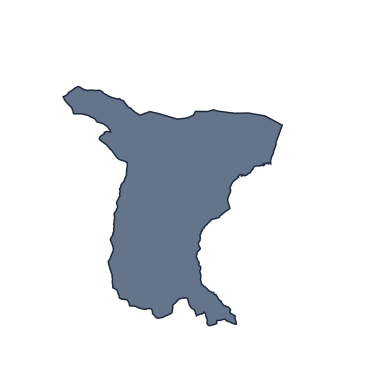 Ceahlau, Neamt, Romania (Mercator projection), rotated 339°
{"feature_id": "2599482B21330814812999", "entity_name": "Ceahlau", "entity_type": "district", "adm_level": 2, "iso_a3": "ROU", "parent_name": "Romania", "parent_adm1": "Neamt", "projection": "mercator", "projection_center": [25.941, 47.008], "detail": "fine", "context": "isolated", "style": "filled", "palette": "slate", "viewbox_px": 384, "rotation_deg": 339, "n_neighbors": 0, "source": "geoboundaries", "source_scale": "gbopen_adm2", "svg_char_len": 6008}
<svg xmlns="http://www.w3.org/2000/svg" viewBox="0 0 384 384"><g transform="rotate(339 192 192)"><path d="M185.7,331.4L186.3,330.5L186.6,329.7L186.6,327.8L186.9,325.7L187.1,324.7L187.9,323.3L184.8,319.3L184.1,317.9L184.6,317.4L184.7,316.9L184.9,316.7L185.6,316.2L185.8,315.8L185.1,313.2L184.4,312.2L180.8,309.0L180.5,308.4L180.4,307.5L180.2,307.1L179.9,304.1L178.8,302.7L178.3,301.3L178.1,299.3L177.6,297.2L177.7,296.8L177.5,296.3L176.2,295.8L176.1,295.4L176.1,293.6L176.0,293.4L174.3,292.7L174.0,292.1L172.7,290.8L170.5,285.8L169.1,283.9L168.0,281.2L168.1,279.1L168.5,277.1L168.9,275.9L169.7,274.7L170.7,271.6L170.8,268.9L171.1,268.3L172.1,267.5L173.1,265.8L173.1,264.8L172.8,263.5L172.3,262.5L172.6,261.7L173.3,260.8L173.4,260.0L173.0,259.0L172.9,256.2L172.7,254.8L173.4,252.9L174.2,252.0L174.9,250.4L175.6,249.9L178.8,248.4L179.5,247.8L179.6,246.8L179.1,245.5L179.1,244.9L179.4,243.9L179.3,243.1L179.4,242.0L180.7,241.1L181.2,241.1L181.4,240.4L182.2,240.0L182.2,239.6L183.3,238.1L183.2,237.8L183.6,236.6L183.7,235.7L184.2,235.0L185.8,233.6L186.6,232.5L186.7,231.9L187.6,231.8L188.6,230.7L189.3,230.1L190.8,229.7L191.2,229.0L191.8,228.5L192.7,228.3L193.7,227.7L194.3,227.7L196.2,226.6L198.9,225.5L200.3,224.7L206.0,225.4L208.1,225.5L208.9,224.7L210.7,224.0L215.2,222.5L221.4,221.0L221.8,218.7L221.8,217.2L222.2,212.7L222.7,211.5L225.7,207.7L227.2,206.6L228.0,205.3L228.5,204.8L228.7,203.5L229.0,202.7L228.9,202.3L229.3,201.2L231.2,199.5L231.9,198.5L234.1,197.0L240.8,194.8L240.6,194.1L241.2,194.0L241.6,193.5L242.4,193.0L243.0,192.9L244.1,193.5L243.8,194.3L243.8,194.9L244.6,194.9L244.9,194.4L245.4,194.2L246.1,194.7L246.1,195.1L246.2,195.3L247.3,195.7L249.1,195.7L251.6,194.9L252.3,194.8L252.2,194.9L252.6,195.0L254.4,194.1L255.3,193.2L256.8,192.6L258.9,190.8L260.0,190.5L261.3,190.6L262.1,191.0L264.5,191.8L264.8,191.5L265.5,192.1L266.1,191.8L266.4,191.8L267.9,193.0L268.9,193.0L269.3,192.6L269.4,192.4L269.1,191.9L268.6,192.1L268.3,191.8L268.4,191.5L268.7,191.4L269.1,191.1L269.8,191.9L270.1,192.1L271.3,191.6L271.4,192.0L271.7,192.0L271.9,191.6L272.6,191.6L272.9,191.7L273.3,192.4L273.4,193.2L273.6,193.3L273.9,192.9L274.3,192.5L275.3,193.1L275.6,193.8L276.3,191.8L276.9,190.5L278.6,188.1L281.6,185.2L282.3,184.2L282.7,183.0L283.8,182.2L284.5,181.2L285.3,180.5L285.7,179.9L287.4,177.9L287.8,177.2L288.0,176.1L288.3,175.6L300.2,162.0L287.5,147.2L273.2,138.6L259.8,133.7L245.0,125.7L241.5,123.0L235.5,122.5L224.5,118.1L224.0,118.1L221.3,120.4L220.7,120.7L217.2,121.1L214.3,121.1L212.5,120.8L205.7,119.1L204.2,118.5L188.6,106.6L181.4,101.8L171.0,101.7L167.3,97.0L166.9,95.9L165.9,94.3L165.3,93.1L165.2,92.3L164.9,91.8L164.4,91.2L163.6,90.9L163.3,90.6L162.9,89.8L161.5,85.4L160.9,82.9L160.6,82.4L159.6,81.2L158.5,80.5L158.3,79.7L158.0,79.3L157.2,78.7L155.6,78.4L155.2,78.2L153.6,76.8L151.8,75.7L151.1,74.9L150.2,74.3L149.5,73.4L148.5,72.7L146.5,70.0L144.9,68.4L144.5,67.0L144.1,66.5L144.2,66.1L142.1,63.9L140.8,63.4L138.8,62.9L134.1,60.6L130.8,59.7L127.7,57.6L127.0,56.4L126.1,55.5L125.1,54.1L123.1,52.6L121.7,52.9L120.6,52.9L116.1,54.2L113.2,54.7L112.3,55.0L111.6,55.8L109.1,56.7L105.8,57.0L106.0,57.6L106.1,60.3L106.5,62.0L107.0,63.4L109.2,68.8L109.9,70.1L109.8,72.4L110.0,73.9L109.5,75.5L109.6,76.5L110.5,77.1L113.9,78.2L117.7,79.9L120.5,82.0L121.9,82.7L123.9,84.9L124.8,86.2L126.3,87.4L127.2,88.5L127.8,89.7L128.2,91.9L128.8,92.8L132.3,95.3L133.6,96.4L136.4,100.5L136.9,102.8L137.4,104.0L137.6,104.9L137.5,106.7L134.4,105.0L132.5,104.8L131.3,105.1L131.5,105.9L130.8,106.2L128.0,106.7L126.6,107.2L125.9,107.6L124.6,108.9L124.3,109.4L125.7,112.3L126.9,113.7L127.6,115.1L129.2,117.2L129.7,119.1L130.3,120.3L130.8,122.6L131.9,124.1L132.5,126.6L133.3,129.4L133.8,131.9L135.2,134.8L137.0,136.7L139.3,138.3L139.7,138.8L140.5,139.4L140.7,139.9L141.1,140.5L142.1,141.3L141.0,144.4L139.2,147.5L138.5,148.5L138.1,149.9L137.3,151.2L136.9,152.8L134.9,154.7L134.1,155.3L133.1,156.7L131.9,157.9L129.7,158.9L129.3,159.4L128.2,160.1L127.8,160.5L127.4,162.0L125.5,163.0L125.4,163.3L125.1,165.9L124.6,166.6L124.1,167.0L123.8,167.5L123.6,169.2L123.5,169.5L121.5,171.2L120.4,172.4L118.0,174.5L117.5,175.6L117.4,176.2L117.5,178.0L117.0,179.8L115.6,180.8L114.9,182.0L112.4,183.6L111.5,184.3L111.1,185.7L110.9,187.0L110.4,188.7L110.2,189.2L109.1,190.7L108.0,193.1L107.2,194.4L107.1,194.9L107.2,195.5L107.1,196.2L105.7,198.1L105.3,199.2L105.2,200.0L104.6,200.9L103.4,202.1L102.7,203.6L101.4,204.7L99.2,206.3L98.6,207.5L98.8,210.0L98.6,210.9L98.7,213.5L98.5,215.7L98.0,217.7L96.5,219.6L93.8,222.3L91.4,225.2L89.0,226.7L88.8,227.9L88.2,229.8L88.2,232.6L87.9,233.3L87.8,234.3L88.0,236.1L87.7,238.1L87.8,239.7L87.6,240.8L87.2,242.1L87.2,242.4L86.8,243.6L86.6,244.8L85.4,247.2L85.4,247.6L84.9,248.7L84.7,250.9L84.1,251.9L83.8,253.1L85.5,254.8L86.4,256.1L86.7,256.9L86.9,258.5L86.6,260.9L86.7,262.7L86.3,264.2L86.4,265.0L86.7,265.6L88.1,267.0L88.9,267.4L89.8,267.4L90.7,268.4L91.8,268.6L92.4,269.1L93.1,270.7L93.4,272.1L93.4,273.4L93.1,274.6L93.2,275.2L93.1,276.1L94.5,276.5L97.9,278.3L99.8,280.0L100.6,281.0L102.7,282.6L105.5,284.4L108.4,285.1L109.3,285.2L111.0,285.8L112.1,286.5L112.3,286.8L112.3,289.0L111.9,290.6L111.5,291.5L112.0,292.2L112.6,293.4L112.7,294.2L113.0,295.1L113.8,296.8L114.3,297.2L116.0,297.9L116.7,297.9L117.4,298.2L120.3,298.7L121.6,298.3L128.9,298.0L130.4,297.1L130.7,296.7L132.9,292.4L133.3,290.7L133.6,290.5L135.0,290.2L137.4,289.3L140.1,287.9L142.2,287.3L142.9,287.5L145.0,287.4L146.8,288.4L148.0,288.3L148.5,288.6L149.1,289.2L149.7,290.3L149.1,295.8L149.1,297.0L149.4,298.4L149.6,298.7L149.8,299.9L150.6,301.2L151.4,302.1L152.0,303.3L152.1,305.1L151.8,306.4L151.9,309.3L153.0,309.0L155.8,309.0L158.0,309.4L159.5,308.9L160.4,308.4L160.9,310.8L160.8,311.8L160.4,313.2L160.4,315.4L160.8,316.4L159.3,319.0L158.9,320.5L159.0,321.3L160.3,323.1L165.9,323.7L167.9,323.7L168.3,322.9L168.4,322.1L168.6,321.3L169.0,320.9L169.3,320.8L170.3,321.4L171.7,321.7L172.4,322.1L174.9,322.0L177.3,322.7L178.3,325.0L180.8,326.9L181.4,327.8L182.0,328.5L185.7,331.4Z" fill="#64748b" stroke="#1e293b" stroke-width="1.5"/></g></svg>